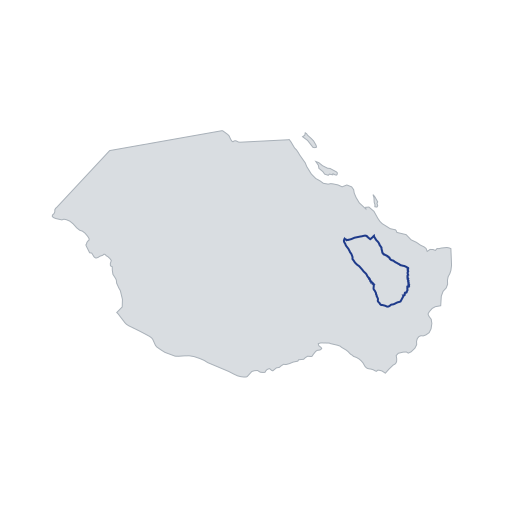 location of Liwale, Lindi, United Republic of Tanzania, rotated 313°
{"feature_id": "72390352B80391364217442", "entity_name": "Liwale", "entity_type": "district", "adm_level": 2, "iso_a3": "TZA", "parent_name": "United Republic of Tanzania", "parent_adm1": "Lindi", "projection": "equal_earth", "projection_center": [38.174, -9.186], "detail": "fine", "context": "in_parent", "style": "outline", "palette": "blue", "viewbox_px": 512, "rotation_deg": 313, "n_neighbors": 0, "source": "geoboundaries", "source_scale": "gbopen_adm2", "svg_char_len": 8845}
<svg xmlns="http://www.w3.org/2000/svg" viewBox="0 0 512 512"><g transform="rotate(313 256 256)"><path d="M207.7,358.3L203.7,355.5L200.0,353.8L197.0,351.9L195.6,350.0L192.8,349.3L190.4,349.0L188.1,347.2L183.5,346.6L183.0,345.4L182.9,342.8L182.1,342.2L180.4,341.5L178.6,341.5L177.5,341.9L176.8,341.7L175.3,340.2L173.9,338.3L173.3,335.2L171.2,333.2L168.7,331.7L161.9,331.8L160.9,331.4L159.3,329.8L157.4,327.2L155.8,324.3L154.5,320.3L153.0,314.9L145.1,293.4L144.3,289.3L142.7,284.8L140.2,279.3L137.5,275.2L133.9,271.5L129.8,267.7L127.6,265.2L123.4,255.1L122.5,250.4L121.8,245.4L122.1,243.4L124.7,237.1L124.9,235.3L124.6,232.9L123.3,227.9L121.6,221.7L118.2,210.6L117.7,207.7L117.8,205.6L119.7,194.3L119.7,192.7L127.5,192.9L133.2,187.9L138.1,180.5L139.1,177.4L141.1,172.6L143.1,170.3L143.8,168.6L145.0,163.9L147.6,160.6L150.1,158.2L149.6,156.4L149.9,155.8L151.3,154.5L154.0,153.3L154.5,150.9L154.5,148.0L154.1,146.5L154.2,144.6L153.7,143.6L152.0,143.4L149.4,142.0L147.1,141.4L145.7,140.6L145.1,139.9L144.9,138.2L146.1,133.9L144.9,132.1L147.6,124.9L148.1,124.0L149.0,123.9L150.6,123.1L152.1,122.8L153.3,123.1L154.1,122.8L154.9,122.0L155.6,119.5L156.1,115.4L155.8,112.1L154.6,109.5L154.3,105.6L154.8,100.3L154.5,96.0L153.2,92.5L151.9,90.4L150.0,89.4L146.9,84.1L145.9,81.5L146.1,79.9L147.2,79.2L149.1,79.4L151.0,78.8L152.7,77.3L154.4,76.9L155.2,77.1L233.3,77.1L324.5,145.7L324.9,146.5L325.6,152.4L325.5,154.4L324.1,157.8L323.6,159.6L323.6,160.8L324.0,161.3L325.2,161.5L326.2,162.3L326.6,162.9L327.4,165.5L328.3,166.7L363.0,200.3L363.8,200.8L363.3,203.7L361.3,210.5L361.2,213.3L360.4,216.7L359.7,218.9L357.7,228.5L356.0,232.1L353.7,240.5L353.4,246.9L354.6,251.5L355.1,255.7L357.8,259.8L359.9,261.3L361.3,263.2L363.9,267.5L365.3,271.8L369.9,274.0L371.8,278.8L371.1,282.2L369.0,284.9L367.0,289.4L365.3,295.3L365.3,304.3L366.4,303.0L368.8,305.2L369.1,311.8L366.6,319.5L365.8,323.1L365.7,326.2L367.5,335.5L370.3,340.2L370.0,341.6L369.3,342.9L374.0,351.2L373.6,358.4L375.4,364.0L376.1,368.9L377.3,372.7L377.5,375.2L376.1,378.1L379.5,378.8L381.5,381.1L382.4,383.4L384.9,383.3L386.2,384.8L388.2,386.1L392.4,389.8L393.6,391.7L394.3,393.5L382.5,405.4L378.3,408.4L375.2,409.8L372.0,410.6L368.9,412.5L366.0,415.4L362.3,416.9L357.8,416.9L353.0,418.9L345.6,425.0L341.2,421.7L337.8,420.6L333.8,420.7L331.5,421.1L330.6,421.8L329.8,423.9L329.2,427.3L326.6,430.6L322.1,433.7L318.0,434.9L314.2,434.1L311.6,432.8L310.2,431.0L308.2,430.1L305.6,430.3L303.1,431.6L300.7,434.0L296.9,435.1L291.7,434.8L288.8,433.6L288.4,431.5L286.1,429.2L281.9,426.4L278.8,426.4L276.8,429.0L275.0,430.6L273.4,431.3L271.9,431.4L269.8,430.7L264.0,430.4L258.5,430.5L257.9,426.7L256.7,424.4L255.7,423.0L253.8,422.7L253.3,421.6L252.7,419.2L251.7,417.2L250.5,415.5L249.7,414.0L249.5,412.6L249.6,411.0L250.8,407.1L251.1,404.4L251.0,401.7L250.4,398.9L249.0,395.5L249.2,394.6L248.7,392.3L248.7,390.7L248.9,388.7L248.7,386.1L247.5,380.5L247.5,379.1L246.3,376.4L242.6,370.0L242.4,369.1L236.7,362.7L234.4,361.3L233.5,362.5L233.2,363.6L233.5,365.7L233.3,366.7L233.1,367.2L231.7,367.1L230.9,366.9L228.7,365.1L227.0,364.7L222.8,365.0L221.3,365.4L220.2,365.0L217.9,362.1L215.3,361.4L213.0,361.3L209.1,357.9L207.7,358.3ZM370.5,250.4L372.4,257.6L372.2,258.9L370.9,259.7L370.2,259.8L369.3,258.6L368.7,256.2L367.7,256.8L366.0,253.9L364.3,253.8L362.7,250.4L363.3,247.4L363.0,242.3L364.9,239.7L365.9,235.3L367.1,238.3L367.4,243.0L369.0,248.5L370.5,250.4ZM379.7,208.0L379.9,209.7L379.5,211.3L379.6,216.3L379.4,219.7L378.0,224.3L376.9,226.0L375.8,225.5L375.0,224.7L374.3,223.5L375.7,214.9L375.0,208.7L377.6,209.3L379.7,208.0ZM375.8,310.7L374.5,311.1L373.9,310.7L373.1,309.3L374.6,308.1L375.9,305.8L379.2,302.4L380.7,299.7L380.4,302.3L378.6,308.1L377.1,308.5L375.8,310.7Z" fill="#d9dde1" stroke="#a8b0b8" stroke-width="1"/><path d="M351.2,328.5L350.1,328.4L349.7,328.5L348.9,328.5L348.3,328.3L347.6,328.3L346.9,328.2L346.6,328.2L346.2,328.1L346.0,325.2L346.2,324.1L346.0,323.9L346.1,323.7L346.1,323.3L346.1,323.1L345.8,322.9L345.7,322.6L345.6,322.4L345.4,321.9L343.6,320.6L342.6,320.0L341.5,319.1L336.6,315.6L333.4,314.2L331.3,312.9L331.0,312.6L330.6,312.5L330.4,312.2L330.2,312.0L330.0,311.8L329.9,311.8L329.7,311.6L329.5,311.4L329.4,311.4L329.4,311.0L329.4,310.9L329.4,311.0L329.3,310.8L329.4,310.3L329.3,310.2L329.1,310.0L329.1,309.7L329.0,309.8L328.8,309.7L328.6,309.6L328.5,309.2L327.5,309.6L327.0,310.0L326.5,310.7L326.2,311.4L325.7,313.2L325.3,313.8L325.0,314.6L324.8,315.4L324.3,318.6L324.0,319.5L323.6,320.5L323.5,321.0L323.0,322.0L322.8,322.8L322.7,323.8L322.4,324.6L321.5,326.5L321.0,327.4L319.6,328.6L319.4,329.5L319.4,330.0L318.7,332.8L318.6,334.5L318.6,336.2L318.9,338.0L318.9,338.8L318.6,341.8L318.4,343.5L318.1,345.2L318.1,346.7L318.1,348.2L317.9,349.4L317.3,350.9L317.1,351.7L316.9,352.8L316.8,353.3L317.0,353.5L316.9,353.8L316.7,353.8L316.6,354.0L316.9,354.1L316.9,354.3L316.7,354.4L316.6,354.9L316.4,355.0L316.5,355.3L316.3,355.5L316.2,355.7L316.1,355.9L316.1,356.3L316.0,356.5L315.8,356.6L315.9,356.8L315.8,357.1L315.6,357.1L315.5,357.3L315.7,357.5L315.9,357.7L315.9,357.8L315.7,357.9L315.7,358.1L315.5,358.3L315.8,358.4L315.6,358.9L315.6,359.0L315.7,359.3L315.6,359.6L315.6,359.8L315.4,360.0L315.5,360.1L315.7,360.3L315.3,360.7L315.3,360.9L315.4,361.0L315.7,361.0L315.7,361.3L315.5,361.2L315.3,361.4L315.2,361.6L315.0,361.9L314.9,362.2L312.1,364.3L312.2,364.2L312.0,364.7L311.7,365.6L311.7,366.1L311.6,366.6L311.5,366.8L310.8,368.8L310.5,369.3L310.1,369.6L309.9,369.9L309.8,370.2L309.6,371.0L309.2,371.3L309.0,371.5L308.9,371.9L308.6,372.6L308.2,373.7L307.9,374.3L307.2,375.0L306.3,375.6L306.0,376.1L305.9,376.6L305.8,377.8L305.8,378.2L305.8,378.7L305.7,378.8L305.4,379.7L305.5,380.3L305.6,380.6L305.5,380.9L305.6,381.1L305.8,381.3L306.0,381.5L306.3,381.8L307.4,383.8L307.8,384.6L308.2,385.9L308.4,386.4L308.8,386.8L309.1,387.1L309.6,387.4L310.7,387.8L311.7,387.9L312.1,387.9L312.4,388.0L313.0,388.3L313.9,389.1L314.5,389.5L315.8,390.1L316.0,390.1L316.5,390.3L317.0,390.5L317.7,390.7L319.1,391.4L320.1,392.1L321.3,392.7L327.5,391.1L327.6,390.7L327.7,390.8L327.8,391.0L328.0,391.0L328.4,391.1L328.5,391.2L328.7,391.3L328.9,391.1L329.1,391.1L329.2,390.9L329.3,390.8L329.5,390.8L329.7,390.6L329.8,390.5L330.0,390.4L330.5,390.3L330.7,390.0L330.8,390.0L331.0,390.2L331.3,390.7L331.5,390.8L332.0,390.7L332.2,390.9L332.5,390.8L332.6,390.5L332.9,390.4L333.6,390.3L333.9,390.2L334.1,390.2L334.4,390.1L334.7,389.8L334.7,389.6L335.0,389.3L335.2,389.0L335.4,388.9L335.5,388.8L335.8,388.7L336.1,388.5L336.2,388.3L336.6,388.1L336.6,387.8L336.8,387.8L337.0,387.6L337.4,387.9L337.7,387.9L337.8,388.2L338.0,388.0L338.1,388.3L338.2,388.5L338.4,388.5L338.7,388.1L338.6,387.9L338.9,387.8L339.0,387.5L339.2,386.9L339.3,386.8L339.6,386.9L339.6,386.5L339.7,386.3L340.0,386.2L340.3,386.1L340.5,386.0L340.5,385.6L340.8,385.3L340.9,385.2L340.9,384.9L341.2,384.9L341.3,384.8L341.5,384.7L341.6,384.4L341.9,384.3L341.9,384.0L342.1,383.9L342.1,383.7L342.2,383.2L342.4,383.2L342.5,383.0L342.5,382.9L342.9,382.6L343.0,382.6L342.9,382.3L343.0,382.1L343.3,382.1L343.4,381.7L343.5,381.7L343.8,381.6L343.9,381.3L344.3,381.0L344.3,380.8L344.4,380.6L344.5,380.5L344.8,380.4L345.1,380.1L345.5,380.1L345.8,380.0L346.0,380.1L346.1,379.9L346.3,379.7L346.3,379.4L346.4,379.2L346.5,379.1L346.9,378.4L347.2,378.2L347.3,378.2L347.5,378.2L347.8,378.1L348.2,377.9L348.3,377.8L348.3,377.6L348.4,377.4L348.7,377.5L348.8,377.2L349.0,376.9L349.3,376.8L349.3,376.6L349.5,376.5L349.6,376.3L349.7,376.0L349.7,375.9L349.8,375.8L350.1,375.9L350.3,375.9L350.3,375.7L350.5,375.4L350.6,375.5L350.8,375.6L351.0,375.4L350.9,375.1L350.8,374.5L350.7,374.3L350.5,373.2L350.4,373.1L350.3,372.6L350.1,372.2L350.0,371.6L349.6,370.9L349.0,370.0L348.6,369.2L348.3,368.7L348.2,368.5L348.0,368.3L347.9,368.0L347.9,367.6L347.7,367.4L347.7,366.8L347.6,365.9L347.4,365.6L347.4,365.3L347.2,364.8L347.1,364.0L346.8,363.2L346.8,362.9L346.6,362.5L346.5,361.7L346.3,361.3L346.4,360.9L346.4,360.6L346.3,360.3L346.3,360.0L346.3,359.7L346.0,359.3L346.0,359.0L345.8,358.7L345.7,358.5L345.6,358.3L345.5,358.2L345.2,357.3L345.2,356.9L345.3,356.5L345.3,356.3L345.2,356.1L345.2,355.8L345.3,355.6L345.5,355.3L345.6,355.1L345.6,354.9L345.8,354.7L345.6,354.2L345.8,353.7L345.8,353.4L345.6,353.2L345.4,352.8L345.3,352.6L345.4,352.2L345.6,352.0L345.5,351.6L345.3,351.2L345.3,350.9L345.1,350.7L345.1,350.4L344.9,349.9L344.7,349.5L344.8,348.9L344.3,348.5L344.2,348.3L344.2,348.0L344.4,347.7L344.5,347.4L344.5,347.2L344.6,346.8L344.5,346.4L344.8,345.9L345.1,345.4L345.6,345.0L345.7,344.7L345.8,344.5L346.1,344.0L346.5,343.5L346.6,343.2L347.0,342.7L347.4,342.4L347.8,341.9L347.8,341.3L348.0,340.9L348.0,340.4L348.0,340.2L348.2,339.9L348.3,339.7L348.4,338.9L348.4,338.6L348.9,338.0L349.0,337.5L349.4,336.5L349.6,334.8L349.6,333.3L349.8,332.5L349.8,332.3L350.0,331.8L350.0,331.6L350.2,331.3L350.2,331.0L350.6,329.6L350.8,329.0L351.2,328.5Z" fill="none" stroke="#1e3a8a" stroke-width="2"/></g></svg>